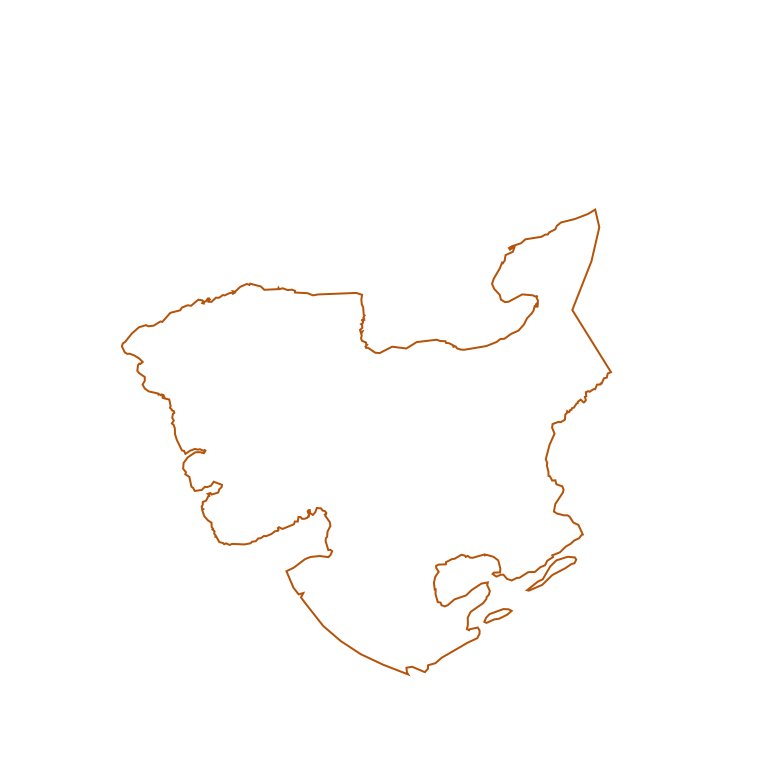 Buton, Sulawesi Tenggara, Indonesia, rotated 207°
{"feature_id": "22746128B86741169633217", "entity_name": "Buton", "entity_type": "district", "adm_level": 2, "iso_a3": "IDN", "parent_name": "Indonesia", "parent_adm1": "Sulawesi Tenggara", "projection": "albers", "projection_center": [122.919, -5.369], "detail": "fine", "context": "isolated", "style": "outline", "palette": "amber", "viewbox_px": 768, "rotation_deg": 207, "n_neighbors": 0, "source": "geoboundaries", "source_scale": "gbopen_adm2", "svg_char_len": 6170}
<svg xmlns="http://www.w3.org/2000/svg" viewBox="0 0 768 768"><g transform="rotate(207 384 384)"><path d="M385.9,172.9L372.2,161.4L364.5,157.8L361.0,161.1L361.0,156.1L353.4,152.4L328.3,140.8L305.7,135.3L282.2,132.7L257.1,133.5L230.6,136.2L232.5,137.3L235.2,141.4L230.6,144.8L216.8,145.8L215.6,150.2L217.0,153.5L211.5,158.5L208.3,166.3L192.1,191.4L185.5,199.9L185.5,204.9L186.9,207.7L189.9,209.6L196.4,204.2L196.4,203.3L198.8,203.2L199.8,207.2L203.3,213.9L203.4,220.2L196.1,233.9L195.2,238.9L195.8,240.8L194.9,243.7L195.7,247.6L200.7,251.6L201.4,254.3L206.6,250.4L212.4,240.1L214.9,232.9L223.4,224.1L226.7,216.0L228.9,213.4L232.3,213.0L234.4,214.9L237.1,214.1L242.7,220.2L244.8,224.5L245.5,223.9L249.3,229.6L250.8,235.5L250.0,241.5L253.9,243.8L255.0,245.6L253.5,247.8L247.0,251.4L247.9,253.4L243.8,259.0L241.7,260.4L237.5,267.0L234.1,267.8L232.6,267.1L231.3,268.9L228.6,268.4L226.2,269.3L216.9,277.9L216.2,277.2L214.8,278.4L208.1,279.7L202.1,278.7L196.4,272.2L195.1,268.8L200.5,265.8L201.0,264.0L196.4,263.4L193.2,267.2L190.9,268.3L186.0,266.2L181.1,266.9L177.7,271.4L175.3,272.9L170.1,281.8L164.2,285.1L161.5,291.8L158.2,295.6L158.3,300.7L154.8,306.5L156.3,307.7L150.9,313.8L148.2,321.7L145.0,326.6L143.5,330.9L140.1,335.2L139.4,339.4L138.5,340.1L146.8,346.7L152.3,346.5L158.4,350.0L160.9,350.3L163.7,348.8L171.0,347.1L174.7,347.5L176.9,354.9L175.3,368.5L176.1,371.5L178.7,373.8L184.9,372.9L187.6,376.0L190.3,374.3L194.2,377.1L195.7,376.8L197.6,380.4L201.9,385.3L202.7,387.8L205.7,390.4L208.9,405.0L209.5,417.2L214.4,421.4L215.6,424.8L211.5,429.3L209.2,430.2L206.6,434.3L208.6,439.2L207.9,440.9L208.4,443.0L206.9,442.6L206.1,443.4L206.4,445.0L205.2,446.2L205.6,447.6L204.0,449.3L203.6,454.0L202.7,454.8L203.2,456.2L201.6,459.4L197.9,458.2L197.2,458.8L196.8,461.3L199.2,463.7L198.2,465.0L200.4,468.3L198.8,470.3L197.2,470.5L195.0,474.5L193.5,475.2L193.9,480.2L191.1,481.7L191.2,482.8L190.3,483.1L190.6,489.0L188.4,490.8L189.4,494.9L187.1,497.6L249.8,535.4L254.9,587.6L263.3,621.4L275.0,635.3L279.3,628.3L288.9,617.6L299.6,608.3L301.8,603.5L301.6,599.6L305.7,594.0L305.9,591.6L308.2,590.3L310.6,586.6L323.7,577.1L325.9,571.5L332.6,564.8L334.4,561.9L332.8,560.9L330.0,565.8L329.2,560.4L334.2,554.0L332.4,548.4L333.2,545.7L331.9,545.3L333.9,545.7L333.3,539.8L334.0,527.8L333.2,522.3L329.0,518.8L321.2,515.9L318.2,512.3L313.4,511.9L310.4,513.8L301.5,526.6L291.8,530.5L288.8,530.7L287.1,532.2L287.7,530.7L284.7,528.1L283.6,525.8L282.4,522.9L282.2,521.7L284.0,526.4L284.7,524.3L284.2,521.8L285.1,521.7L284.1,517.2L284.4,514.0L286.4,507.4L286.3,500.8L288.4,492.6L293.6,486.2L297.2,479.0L300.7,476.9L302.7,472.6L310.1,464.2L328.1,450.9L331.3,449.5L335.2,448.9L337.1,450.0L339.8,448.2L338.5,449.8L344.5,449.9L347.4,448.8L348.7,450.0L353.4,447.8L357.1,447.4L373.9,436.2L380.2,425.8L393.7,420.9L401.8,409.7L405.9,407.9L414.8,409.0L416.3,408.0L417.5,408.9L416.9,411.3L417.9,411.3L418.8,412.8L423.3,412.5L425.2,414.3L425.8,417.0L428.3,419.6L427.0,419.3L427.0,421.2L428.5,419.9L429.9,421.4L428.8,424.2L430.3,426.6L431.6,426.9L430.6,428.7L430.9,430.2L432.0,430.6L431.1,431.7L432.2,431.8L431.3,433.1L432.5,434.0L432.4,436.3L433.5,436.5L437.4,442.9L439.8,444.7L442.5,448.9L444.0,453.5L450.0,452.6L483.5,433.8L487.4,430.8L493.4,430.2L504.8,425.1L505.6,426.6L508.8,426.3L512.5,423.9L517.7,423.3L520.3,421.0L521.7,421.8L521.5,420.4L533.4,413.6L538.0,415.0L548.8,412.6L548.9,411.1L551.6,410.9L556.2,405.3L558.6,398.6L560.0,398.2L558.4,397.7L559.6,395.8L560.8,396.5L562.9,394.8L566.1,390.7L568.0,390.0L570.1,386.0L573.0,384.5L575.0,378.9L577.8,377.5L578.6,378.4L577.6,380.3L578.7,380.9L579.8,380.2L580.2,376.7L581.4,375.9L581.1,373.8L582.7,373.6L582.5,375.5L583.8,376.1L587.8,374.7L591.4,366.1L594.7,365.0L598.8,360.3L599.0,357.2L606.7,350.4L609.7,338.7L611.6,338.2L615.7,331.4L620.3,328.4L622.6,328.5L628.1,323.3L631.6,314.5L633.7,304.2L635.1,301.5L634.6,298.5L629.3,294.5L626.4,294.3L624.4,295.5L619.6,296.1L613.7,295.6L609.0,294.1L610.2,291.2L611.3,291.1L611.7,289.0L609.8,283.8L607.0,282.5L600.3,281.6L598.6,278.2L598.9,273.9L595.0,271.3L590.2,270.6L581.3,272.9L580.3,272.2L580.1,272.9L577.7,272.7L577.5,273.6L575.6,274.1L572.6,271.6L568.3,272.7L564.0,267.3L563.9,265.6L561.6,265.0L561.2,264.2L558.9,264.4L557.7,263.0L558.5,261.6L557.4,257.9L554.7,255.9L555.1,252.5L552.9,252.1L550.2,249.5L547.5,244.5L543.3,240.2L533.9,233.1L531.8,233.6L529.2,231.6L526.5,236.5L522.9,240.4L520.2,240.9L518.4,242.3L514.4,242.6L513.7,243.8L512.8,243.4L513.1,240.5L517.1,239.7L521.2,237.4L525.6,229.4L526.7,222.6L524.5,217.3L520.4,215.5L520.0,213.3L515.3,212.9L508.9,205.0L506.9,204.8L504.1,202.8L498.3,206.8L496.9,211.1L494.7,211.9L492.0,214.8L491.3,219.6L482.6,220.6L481.9,218.4L483.0,215.3L482.4,212.1L487.3,207.3L489.3,208.0L491.0,206.2L489.5,206.1L488.8,204.8L489.6,204.4L489.5,199.3L491.9,196.6L490.7,194.2L490.8,191.9L489.4,190.3L488.3,190.4L488.9,189.3L484.1,184.6L479.0,182.6L474.7,182.1L472.7,178.4L470.5,177.3L470.8,176.5L468.1,175.8L467.3,173.5L465.3,172.7L464.9,171.4L464.2,171.9L459.0,168.4L455.3,169.2L453.6,168.7L452.4,170.3L448.5,170.5L446.7,172.6L435.5,177.7L430.7,181.4L430.0,183.5L426.8,185.8L426.0,189.3L423.8,190.6L421.9,194.2L419.9,194.9L416.1,199.4L414.4,203.2L411.9,205.0L411.7,206.1L413.1,207.4L412.6,208.7L408.6,208.8L400.6,218.1L401.0,221.0L398.4,222.3L399.8,226.7L397.9,227.5L395.7,226.7L393.3,228.1L391.7,229.9L391.4,232.6L390.8,230.6L391.2,233.2L394.1,235.7L394.0,237.3L392.9,238.0L391.5,235.5L387.9,235.0L387.0,238.7L387.6,243.0L383.6,244.6L381.4,243.4L378.8,243.9L376.8,242.9L376.3,239.8L369.7,236.4L367.3,233.2L367.3,226.8L365.3,222.0L365.8,220.1L364.7,217.5L358.2,210.7L356.6,211.9L354.3,211.5L354.0,207.5L354.9,204.5L363.1,201.6L370.7,196.7L373.0,194.3L375.0,191.8L381.0,179.4L385.9,172.9ZM135.2,316.1L141.8,313.5L150.3,305.2L153.1,296.8L153.9,282.0L157.2,277.8L162.9,265.2L161.2,265.6L151.8,276.9L147.3,290.2L138.8,302.2L135.2,308.8L132.9,310.7L133.0,314.8L135.2,316.1ZM186.6,217.6L184.2,217.7L178.8,224.4L174.9,227.1L169.4,234.5L167.3,239.8L170.7,239.8L175.4,237.7L185.5,226.9L186.9,222.1L186.6,217.6ZM574.9,271.2L573.8,271.4L574.2,272.6L575.4,272.2L574.9,271.2ZM377.3,241.3L377.6,239.8L376.9,242.1L377.3,241.3Z" fill="none" stroke="#b45309" stroke-width="2"/></g></svg>